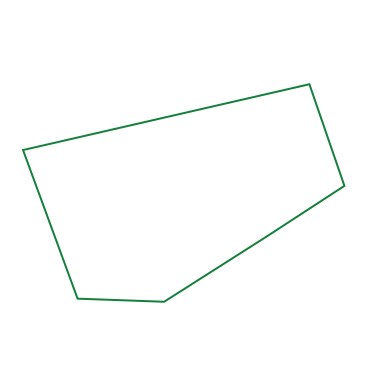 outline of Aswan City, Aswan, Egypt, rotated 71°
{"feature_id": "37247803B88895964793077", "entity_name": "Aswan City", "entity_type": "district", "adm_level": 2, "iso_a3": "EGY", "parent_name": "Egypt", "parent_adm1": "Aswan", "projection": "natural_earth1", "projection_center": [32.989, 24.068], "detail": "fine", "context": "isolated", "style": "outline", "palette": "green", "viewbox_px": 384, "rotation_deg": 71, "n_neighbors": 0, "source": "geoboundaries", "source_scale": "gbopen_adm2", "svg_char_len": 246}
<svg xmlns="http://www.w3.org/2000/svg" viewBox="0 0 384 384"><g transform="rotate(71 192 192)"><path d="M255.6,334.9L286.7,254.1L258.4,136.0L235.8,45.9L128.3,45.9L97.3,338.1L255.6,334.9Z" fill="none" stroke="#15803d" stroke-width="2"/></g></svg>